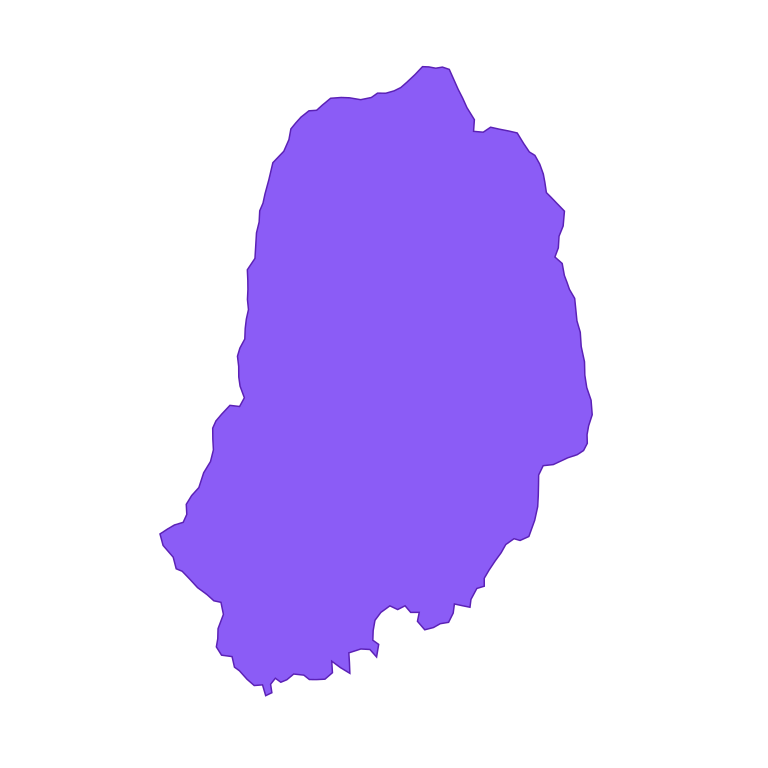 Potirendaba, São Paulo, Brazil, rotated 5°
{"feature_id": "56859067B31235444484955", "entity_name": "Potirendaba", "entity_type": "district", "adm_level": 2, "iso_a3": "BRA", "parent_name": "Brazil", "parent_adm1": "São Paulo", "projection": "equal_earth", "projection_center": [-49.395, -21.076], "detail": "fine", "context": "isolated", "style": "filled", "palette": "violet", "viewbox_px": 768, "rotation_deg": 5, "n_neighbors": 0, "source": "geoboundaries", "source_scale": "gbopen_adm2", "svg_char_len": 2386}
<svg xmlns="http://www.w3.org/2000/svg" viewBox="0 0 768 768"><g transform="rotate(5 384 384)"><path d="M273.5,131.4L269.0,138.0L268.0,148.8L263.9,160.9L254.0,173.2L251.5,190.5L248.9,204.9L247.7,214.4L245.1,222.3L245.5,233.5L243.8,244.5L244.1,255.2L244.5,270.1L237.9,282.1L239.3,292.6L240.2,301.7L240.6,311.7L242.5,321.7L241.2,331.3L240.9,340.8L241.4,351.3L237.3,360.8L235.6,369.1L237.7,379.1L238.7,389.6L240.8,398.7L246.1,409.9L242.1,419.0L232.4,418.7L224.9,428.2L219.8,435.4L217.2,442.9L218.3,453.9L219.8,464.5L217.9,476.4L212.1,488.1L208.6,503.3L202.1,511.9L197.5,521.1L198.9,531.1L196.0,539.3L187.5,542.7L181.3,547.1L173.9,552.9L178.0,564.1L189.1,574.9L193.1,586.2L199.2,588.1L206.9,594.8L216.0,603.1L226.0,609.2L233.4,614.8L240.6,615.7L244.1,627.5L240.0,642.2L240.6,652.2L239.9,660.5L245.8,668.3L256.4,668.8L259.7,679.1L265.0,682.3L273.3,690.1L281.0,695.7L289.2,694.3L293.3,704.8L299.2,701.3L297.2,693.0L301.4,686.6L307.2,690.1L313.0,687.1L319.3,680.8L329.5,681.0L335.4,684.9L342.2,684.4L350.9,683.2L357.8,676.1L356.1,664.7L365.6,670.5L375.2,675.2L373.9,664.9L372.4,654.9L384.0,650.0L393.1,649.7L400.4,656.6L401.4,643.9L395.2,640.2L394.7,630.6L395.6,620.2L400.8,611.8L409.2,604.5L417.3,607.5L424.3,603.1L430.5,609.2L439.0,608.4L438.0,617.5L446.0,625.3L454.5,622.3L460.9,617.9L469.1,615.8L472.9,606.2L473.3,597.0L482.0,598.1L489.1,598.9L489.4,591.0L494.3,579.6L501.5,576.7L500.8,568.8L504.9,560.2L510.1,550.7L515.4,541.9L519.3,533.3L527.0,526.8L533.2,528.0L541.6,523.3L546.0,506.7L547.8,492.8L547.4,481.5L546.7,470.8L546.0,461.2L549.7,451.5L559.7,449.5L573.5,441.5L582.6,437.6L588.6,432.9L591.7,425.4L590.7,416.8L591.5,407.8L594.1,396.5L591.7,382.1L586.3,369.9L583.3,357.7L581.8,344.4L577.2,329.5L575.0,315.3L570.7,304.3L566.5,282.1L560.5,273.6L557.4,266.7L554.2,260.1L551.0,248.4L543.2,242.6L545.8,233.2L545.5,221.5L548.7,211.0L548.7,196.1L539.7,188.3L534.7,183.9L529.1,179.2L526.7,169.2L524.4,160.9L520.0,151.4L514.4,143.1L508.6,140.2L502.2,132.3L494.8,122.3L486.3,121.1L476.8,120.1L467.8,118.9L460.9,124.5L451.2,124.5L451.0,112.8L442.5,101.4L437.4,92.3L432.2,84.0L427.6,75.7L421.6,64.9L414.6,63.2L408.0,64.9L401.1,64.2L394.7,64.5L387.8,73.2L380.1,81.8L374.9,87.2L368.5,91.1L360.4,94.2L352.2,94.8L346.4,99.7L336.0,102.8L324.7,101.9L316.4,102.3L305.9,104.0L298.4,111.4L293.0,117.2L285.4,118.4L278.1,125.3L273.5,131.4Z" fill="#8b5cf6" stroke="#5b21b6" stroke-width="1.5"/></g></svg>